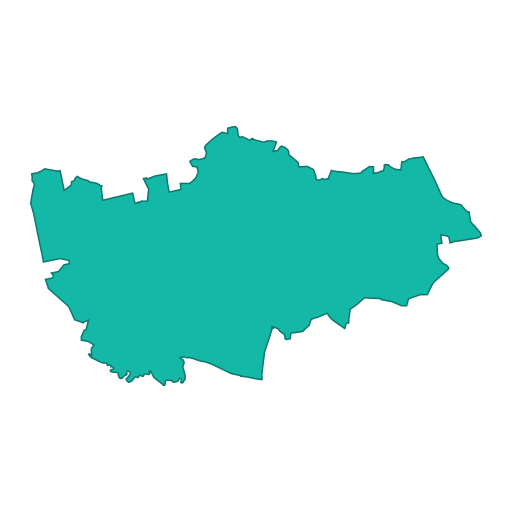 Lutriņu pag., Saldus, Latvia
{"feature_id": "27541924B57809969281457", "entity_name": "Lutriņu pag.", "entity_type": "district", "adm_level": 2, "iso_a3": "LVA", "parent_name": "Latvia", "parent_adm1": "Saldus", "projection": "mercator", "projection_center": [22.327, 56.738], "detail": "fine", "context": "isolated", "style": "filled", "palette": "teal", "viewbox_px": 512, "rotation_deg": 0, "n_neighbors": 0, "source": "geoboundaries", "source_scale": "gbopen_adm2", "svg_char_len": 6002}
<svg xmlns="http://www.w3.org/2000/svg" viewBox="0 0 512 512"><path d="M60.1,170.6L56.8,171.3L56.8,171.0L50.9,170.0L44.7,168.8L40.8,171.4L39.9,171.6L37.2,172.9L36.7,173.1L33.9,173.3L31.7,173.9L32.3,177.8L32.1,178.2L32.2,179.4L32.1,180.8L32.4,181.3L33.7,182.6L34.3,184.5L34.2,185.4L34.0,185.9L34.1,186.9L33.5,187.8L33.1,189.3L31.7,197.0L30.7,203.2L33.6,213.4L39.7,243.5L42.2,255.1L43.4,262.0L57.8,259.0L60.1,258.7L62.5,259.0L68.9,260.4L69.4,263.7L64.0,264.8L58.5,271.6L51.4,273.0L53.0,275.1L53.4,276.9L52.9,277.7L52.7,277.9L45.4,279.4L47.9,286.6L48.3,288.4L68.7,306.5L74.7,319.8L83.3,322.8L83.3,322.5L83.7,322.1L86.6,321.0L88.5,320.0L86.1,329.6L84.3,330.1L81.7,335.8L81.3,336.8L81.4,339.2L81.5,339.8L81.4,340.2L88.4,341.5L93.9,344.9L91.3,348.6L91.5,355.3L89.3,353.9L88.6,354.4L90.9,357.3L92.0,358.0L95.3,359.5L97.8,360.8L102.8,363.0L106.8,363.1L107.3,365.4L110.6,364.8L111.0,366.3L110.9,366.8L111.4,366.6L112.1,366.8L113.0,367.2L113.6,367.8L113.5,368.6L113.2,369.1L112.9,369.3L111.7,369.5L110.7,369.9L110.3,370.7L110.3,370.9L110.5,371.3L111.8,371.9L113.3,372.2L115.3,372.3L117.6,372.7L118.1,373.0L118.3,373.3L118.3,375.0L119.2,377.5L120.1,378.3L120.5,378.5L121.0,378.5L122.5,378.0L124.3,375.9L125.2,375.1L125.8,375.1L125.9,374.9L126.5,374.8L126.8,374.6L127.0,374.2L126.6,373.3L126.7,372.6L127.0,371.6L127.8,371.0L128.3,371.0L128.9,371.4L130.2,372.5L130.4,372.8L130.5,373.3L128.6,376.5L127.1,378.0L126.2,378.8L126.1,379.3L126.5,380.3L128.2,382.0L128.7,382.2L129.5,382.1L130.7,381.6L132.1,380.6L133.2,379.4L134.6,377.3L135.4,376.8L136.0,376.9L137.8,377.6L138.2,377.5L138.4,377.2L139.0,376.2L139.1,375.7L139.4,375.4L139.9,375.3L140.8,375.5L141.9,376.2L142.7,376.3L143.3,376.1L143.7,375.7L143.9,375.3L143.9,374.9L144.1,374.3L144.6,374.0L145.2,373.9L146.4,374.2L147.8,374.2L148.6,374.5L149.0,374.4L149.4,374.1L149.5,373.7L149.5,372.8L149.2,371.5L149.4,371.1L149.7,370.9L150.3,370.9L150.6,371.0L151.2,372.9L152.5,374.3L152.7,374.8L153.1,375.9L153.6,377.1L157.7,380.5L160.2,382.3L161.5,383.5L162.8,384.2L163.0,385.0L163.3,385.3L164.2,385.4L165.0,384.8L165.2,383.6L165.3,382.6L165.2,381.9L165.5,380.9L165.9,380.5L166.4,380.3L167.6,380.2L172.0,380.5L172.2,381.4L173.0,382.1L174.2,382.2L176.3,381.8L177.8,381.1L178.7,380.1L179.2,378.9L179.7,378.1L180.3,378.1L180.7,378.5L181.1,379.0L181.3,380.2L181.0,380.9L180.8,382.1L180.9,382.6L181.8,382.9L183.0,382.6L184.2,380.4L185.0,379.3L185.2,378.7L185.0,375.0L183.7,369.8L183.2,368.5L182.8,366.9L182.9,366.1L184.2,362.8L183.8,361.4L183.1,359.9L179.9,358.0L180.4,357.3L183.1,357.1L185.0,356.8L185.8,357.4L188.1,357.9L189.1,357.5L194.5,358.9L195.7,359.6L197.0,359.9L199.7,360.9L205.1,361.8L211.8,364.2L230.5,373.2L232.3,373.9L238.9,375.2L240.9,375.8L240.8,376.2L246.2,376.8L255.9,378.8L262.0,379.7L262.1,376.9L261.7,376.4L262.7,366.9L264.5,352.6L265.2,350.0L269.4,337.5L270.6,333.5L271.5,330.4L272.0,326.6L272.6,326.6L272.1,329.1L274.0,327.5L274.5,327.4L277.9,328.6L279.8,331.2L284.4,334.5L285.1,337.2L284.9,338.1L285.1,338.8L286.6,339.5L290.3,338.7L290.8,333.2L302.6,331.5L306.3,327.9L309.1,325.4L309.3,325.1L311.0,319.5L314.6,318.0L317.5,317.4L319.7,316.3L321.3,315.7L327.2,313.2L328.5,315.4L330.4,317.7L332.2,319.6L333.8,320.9L335.8,322.3L344.7,328.5L345.1,327.8L346.2,323.2L348.3,323.1L348.8,322.7L348.8,318.6L350.1,309.7L349.8,309.4L353.7,306.8L358.3,303.3L364.4,297.8L380.3,298.6L381.2,299.6L392.1,301.7L401.5,305.7L406.6,305.8L408.5,299.0L410.8,298.0L420.1,294.7L424.7,294.7L425.1,294.6L427.3,294.6L432.0,285.1L433.6,282.4L448.6,269.0L448.6,267.6L446.8,265.4L442.7,263.2L439.4,259.2L438.4,257.8L438.5,257.7L438.0,256.2L437.7,255.2L437.3,252.4L437.4,250.3L437.0,244.2L439.8,243.6L441.9,243.3L440.7,234.9L446.4,235.8L447.4,236.3L447.5,236.2L448.9,237.1L450.1,243.0L455.4,241.2L458.8,241.0L477.8,237.9L481.3,235.8L480.8,234.2L480.7,233.3L474.1,225.4L473.7,225.4L470.7,221.8L469.6,215.6L469.1,212.9L469.4,212.2L466.6,211.1L464.7,209.1L461.0,204.8L457.7,203.9L454.5,203.4L450.1,201.9L445.9,199.7L442.4,197.0L433.6,177.8L431.4,173.5L430.0,170.4L429.3,169.6L427.0,164.4L423.2,156.8L421.4,157.2L414.4,157.9L408.9,159.0L404.1,161.9L402.0,161.6L401.6,162.8L401.3,166.2L400.9,169.4L400.9,170.0L395.0,169.2L390.5,166.9L388.6,164.9L385.2,164.5L384.3,165.4L384.7,165.5L383.5,170.7L381.2,171.2L379.3,172.0L378.8,172.4L377.7,172.5L376.4,173.1L376.0,172.9L374.7,173.0L374.5,173.4L373.4,173.3L373.5,172.5L373.5,166.8L372.6,166.7L369.4,166.6L361.8,171.7L361.3,173.0L353.3,173.7L343.2,172.1L337.7,171.6L332.7,170.9L331.3,170.5L328.1,178.9L327.7,178.7L326.2,179.0L324.4,179.5L324.0,179.5L323.0,178.5L322.7,178.4L321.8,178.8L320.0,180.1L316.7,179.8L316.4,179.7L316.1,179.4L316.2,179.2L315.8,175.8L313.4,169.5L307.3,166.4L299.6,166.9L299.2,166.8L298.7,166.4L298.2,163.2L297.9,162.3L289.3,155.0L289.0,154.5L288.6,151.9L288.3,150.4L285.1,147.5L281.8,146.2L281.0,146.3L280.2,147.0L277.3,150.6L277.0,150.7L273.7,151.0L273.1,151.3L276.5,142.0L272.5,141.0L267.0,140.9L263.8,142.3L252.8,139.3L253.0,138.8L252.2,138.4L249.8,140.3L243.1,137.0L242.1,136.7L240.2,137.3L239.4,136.9L238.5,136.1L238.2,135.3L238.0,134.1L237.6,130.2L237.5,129.2L236.5,127.6L235.6,126.6L233.2,127.0L233.1,126.8L230.9,127.3L230.2,127.7L227.7,128.1L227.5,133.6L221.9,132.3L218.4,134.7L212.3,139.3L205.8,145.2L204.5,147.7L205.5,150.3L206.5,153.0L204.8,158.4L203.8,158.3L201.6,159.0L199.2,159.6L194.8,158.8L193.2,159.2L189.8,161.4L192.6,166.4L197.0,166.9L198.3,172.1L196.2,177.1L195.2,178.6L193.0,180.6L191.6,182.0L190.7,182.6L189.0,183.4L189.0,183.5L180.3,183.4L180.3,183.6L181.0,189.4L169.1,192.1L167.5,183.1L166.5,173.9L154.8,176.1L146.9,179.2L146.6,178.0L143.4,178.6L148.7,189.2L148.2,193.0L148.3,193.2L148.2,193.3L147.4,201.0L147.2,201.2L141.1,201.1L139.1,202.8L138.5,202.0L135.0,203.6L132.7,193.1L119.8,196.2L117.7,196.8L115.6,197.1L105.5,199.7L102.7,200.2L102.2,195.3L101.8,192.7L101.3,187.5L102.0,186.1L99.2,185.3L99.3,184.6L96.2,183.1L89.3,181.9L88.1,180.6L83.6,179.5L81.6,178.8L77.2,176.4L75.1,178.4L74.5,180.5L71.5,181.8L71.4,184.9L64.2,190.5L60.1,170.6Z" fill="#14b8a6" stroke="#0f766e" stroke-width="1.5"/></svg>